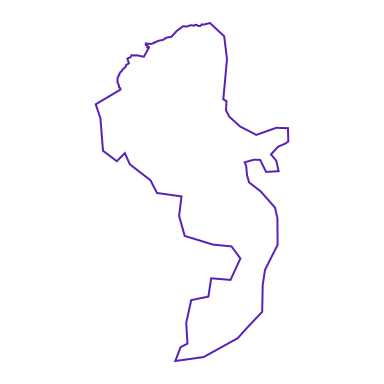 Kara-Suu, Osh, Kyrgyzstan
{"feature_id": "92254566B53802085045884", "entity_name": "Kara-Suu", "entity_type": "district", "adm_level": 2, "iso_a3": "KGZ", "parent_name": "Kyrgyzstan", "parent_adm1": "Osh", "projection": "robinson", "projection_center": [72.946, 40.266], "detail": "fine", "context": "isolated", "style": "outline", "palette": "violet", "viewbox_px": 384, "rotation_deg": 0, "n_neighbors": 0, "source": "geoboundaries", "source_scale": "gbopen_adm2", "svg_char_len": 2182}
<svg xmlns="http://www.w3.org/2000/svg" viewBox="0 0 384 384"><path d="M237.7,338.2L247.5,327.3L262.2,311.8L262.7,285.0L265.0,269.9L277.6,244.8L277.4,218.0L275.0,207.6L260.8,191.5L249.1,182.4L247.0,175.1L246.2,166.2L244.7,162.3L253.9,159.7L260.1,159.9L266.1,171.9L278.6,171.2L276.3,160.8L271.0,154.4L278.1,146.7L285.4,143.5L288.3,141.5L288.0,128.2L276.3,127.8L256.3,134.9L240.1,126.5L229.3,116.7L226.0,110.3L226.5,101.1L223.3,99.3L227.0,59.1L224.2,36.3L209.9,23.0L203.3,24.7L202.1,24.4L201.6,24.5L201.2,25.1L200.9,25.4L200.2,26.0L198.4,26.0L198.3,25.9L197.5,25.4L196.8,25.0L196.0,24.9L195.4,24.8L195.1,24.9L194.8,25.3L194.4,25.6L194.1,25.6L193.6,25.6L192.3,25.4L191.2,25.2L190.9,25.2L188.9,25.8L187.5,26.2L186.9,26.5L185.6,26.5L183.4,26.2L183.2,26.2L183.0,26.3L176.8,30.9L171.1,37.0L167.7,37.3L165.4,38.3L164.9,38.5L164.5,39.1L163.0,39.9L159.7,40.5L157.4,41.2L156.7,41.6L156.2,41.8L155.6,42.3L155.2,42.3L154.8,42.3L154.6,42.3L154.4,42.7L153.7,42.9L153.0,43.4L151.0,43.9L150.5,43.9L149.7,43.8L149.3,43.8L148.2,43.8L147.5,43.7L145.8,43.5L145.8,44.9L146.3,45.0L147.2,44.9L147.2,45.1L147.5,45.1L147.5,46.4L147.2,46.5L147.2,47.3L149.1,47.2L149.1,47.3L143.9,56.7L141.6,56.4L139.5,55.8L136.7,55.3L135.3,55.6L134.7,55.2L134.2,55.3L133.8,55.5L131.6,55.2L131.3,55.9L130.7,57.0L129.7,57.7L127.9,58.3L127.3,58.7L128.9,63.1L128.5,63.4L128.1,63.9L126.1,65.0L125.9,65.3L125.9,66.0L125.7,66.5L125.2,67.2L125.0,67.4L124.7,67.8L124.4,68.0L124.0,68.2L123.6,68.5L122.7,69.4L121.7,71.1L121.4,71.5L121.1,71.6L120.3,72.2L119.8,73.0L119.5,73.5L119.5,74.3L119.4,74.7L119.2,74.8L118.9,75.0L118.6,76.1L118.4,76.2L118.2,76.5L117.8,77.5L117.5,78.2L117.5,79.0L117.7,79.9L117.7,80.3L117.4,81.7L117.4,82.0L117.5,82.3L117.7,82.6L117.8,83.0L118.0,83.3L118.2,83.5L118.3,83.7L118.3,83.9L118.4,84.5L119.1,86.0L119.0,87.1L119.6,87.7L120.5,88.4L120.4,89.1L120.4,89.6L95.7,104.3L100.4,118.1L103.0,150.8L116.8,161.2L124.9,153.1L125.5,154.5L129.8,164.3L150.5,180.3L157.0,193.0L181.5,196.4L179.1,215.9L184.7,235.9L212.9,244.6L231.5,246.4L240.4,258.5L230.5,279.9L211.2,278.3L208.4,296.6L191.2,300.1L186.2,323.0L187.5,343.6L180.6,347.2L175.3,361.0L203.5,357.1L237.7,338.2Z" fill="none" stroke="#5b21b6" stroke-width="2"/></svg>